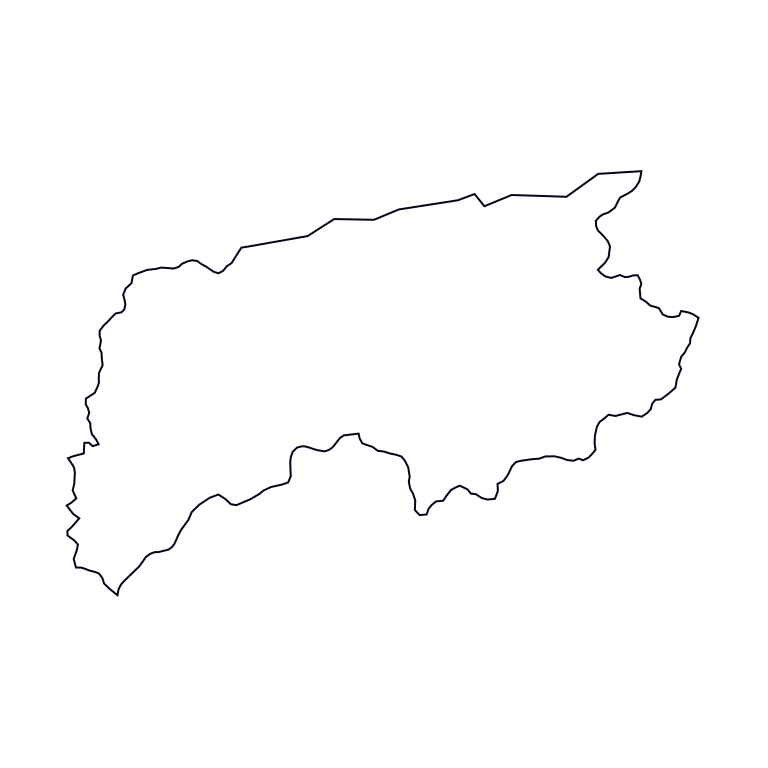 Beneditinos, Piauí, Brazil (Mercator projection), rotated 280°
{"feature_id": "56859067B90877383112552", "entity_name": "Beneditinos", "entity_type": "district", "adm_level": 2, "iso_a3": "BRA", "parent_name": "Brazil", "parent_adm1": "Piauí", "projection": "mercator", "projection_center": [-42.424, -5.514], "detail": "fine", "context": "isolated", "style": "outline", "palette": "ink", "viewbox_px": 768, "rotation_deg": 280, "n_neighbors": 0, "source": "geoboundaries", "source_scale": "gbopen_adm2", "svg_char_len": 3455}
<svg xmlns="http://www.w3.org/2000/svg" viewBox="0 0 768 768"><g transform="rotate(280 384 384)"><path d="M447.3,117.9L439.4,117.8L433.2,113.0L426.6,111.6L422.0,113.8L417.4,115.5L412.3,115.3L408.9,112.9L406.9,107.5L402.2,104.1L398.2,101.7L393.0,97.8L387.1,94.8L382.3,95.5L377.9,97.7L369.5,97.7L365.8,100.4L360.7,101.5L353.8,103.6L345.4,101.4L340.2,102.1L335.7,103.0L331.6,102.4L325.0,100.6L317.8,92.9L312.0,93.9L308.8,96.6L304.5,98.7L298.5,97.8L294.2,101.7L290.1,102.4L283.9,105.0L279.4,110.1L275.1,113.4L272.2,107.9L274.9,103.6L274.0,99.1L263.4,100.4L260.8,94.5L258.3,89.4L256.0,85.7L252.5,89.2L247.9,93.3L242.8,95.0L232.1,96.3L225.2,95.9L217.9,100.8L212.8,96.7L209.2,92.6L201.9,100.7L198.8,107.2L189.9,101.9L184.2,97.7L179.8,98.7L176.0,106.5L172.7,110.4L167.6,110.4L157.9,108.8L149.8,112.5L150.6,117.7L150.0,122.2L149.1,126.5L148.8,131.3L148.0,136.0L144.1,140.3L138.9,143.0L134.7,149.2L129.7,158.2L135.6,158.2L140.9,159.8L145.0,162.4L161.7,174.5L166.1,176.7L172.5,179.6L176.4,183.6L178.5,187.2L179.4,191.3L183.5,200.6L186.7,203.6L190.6,205.5L198.8,207.5L204.4,209.2L216.2,214.9L224.7,217.0L232.9,222.9L241.7,232.1L246.4,240.1L243.1,247.9L239.1,253.9L239.0,259.6L247.1,272.1L254.2,280.5L258.1,283.8L262.8,290.4L267.4,301.3L270.4,306.7L277.0,308.2L284.1,306.6L290.8,305.2L295.5,304.9L301.3,305.8L306.4,309.5L308.6,314.6L308.8,318.5L307.3,329.2L307.3,337.1L309.5,341.2L312.9,344.5L323.3,350.1L326.4,353.3L327.8,357.9L330.7,367.6L325.9,369.6L321.8,373.0L320.9,378.1L320.1,383.6L317.1,389.6L317.5,395.4L316.6,402.0L316.4,408.6L315.6,413.8L312.1,417.9L306.0,422.4L297.2,425.4L292.1,425.4L285.6,427.9L280.9,431.7L274.7,435.0L265.2,436.3L261.1,441.9L262.9,448.6L269.1,449.7L272.9,451.8L277.4,455.7L279.4,462.6L285.0,465.0L291.4,468.5L294.7,472.7L297.0,476.3L294.7,484.6L291.2,488.5L291.4,493.7L288.7,500.0L288.2,506.1L290.2,513.2L298.3,514.7L305.4,513.2L309.3,518.5L315.7,521.7L325.4,524.4L329.9,527.4L331.8,531.1L333.6,536.6L335.5,542.3L337.4,549.7L340.7,555.5L342.4,564.6L342.1,571.1L340.9,577.7L341.4,584.2L344.3,588.6L343.5,593.3L347.1,598.3L350.6,600.7L355.8,603.7L362.2,601.7L369.7,600.7L374.4,600.9L378.7,601.1L383.9,602.8L388.2,606.8L392.7,610.4L392.7,617.5L397.8,628.7L396.7,635.5L396.6,643.5L401.1,648.2L405.6,651.1L411.1,651.5L415.5,654.0L417.0,659.5L423.7,665.7L430.9,671.6L439.1,671.6L446.7,673.1L450.5,674.1L454.6,671.1L462.2,671.9L467.5,674.8L472.6,676.3L477.2,678.3L482.4,677.8L487.7,679.4L495.1,681.1L503.8,682.3L506.4,676.1L507.3,671.6L507.5,664.0L502.3,662.7L500.0,656.6L499.6,651.6L500.9,646.4L506.5,641.5L507.5,632.5L510.5,627.7L512.9,621.7L522.3,619.2L527.3,620.1L531.0,618.1L535.2,614.9L534.1,610.2L532.2,606.8L531.1,602.8L532.3,597.4L527.9,589.4L528.4,583.2L531.0,578.0L533.7,574.8L541.7,580.6L548.0,583.2L558.7,582.7L563.4,579.7L566.6,576.0L569.7,571.9L572.3,568.0L576.5,565.4L581.6,564.3L586.2,567.2L589.2,570.4L591.8,575.2L597.8,580.8L605.1,582.9L608.8,584.3L614.0,591.2L617.4,594.8L621.4,597.6L627.7,600.2L633.2,600.6L638.3,600.5L628.1,558.4L600.0,531.1L599.1,524.4L592.3,476.9L576.5,452.0L586.8,440.2L577.8,424.9L558.5,368.4L554.4,361.9L546.7,349.9L544.0,345.6L543.0,339.5L537.8,306.3L521.7,288.8L516.5,283.3L503.0,246.2L497.0,229.8L493.5,219.8L476.6,212.9L472.7,208.8L467.4,205.8L464.3,201.7L464.9,196.9L468.6,188.7L470.5,183.1L472.7,178.8L472.6,173.9L471.0,169.9L467.5,164.4L463.7,161.5L461.2,156.8L460.7,151.6L460.0,144.7L457.8,139.5L455.2,130.9L450.4,122.6L447.3,117.9Z" fill="none" stroke="#020617" stroke-width="2"/></g></svg>